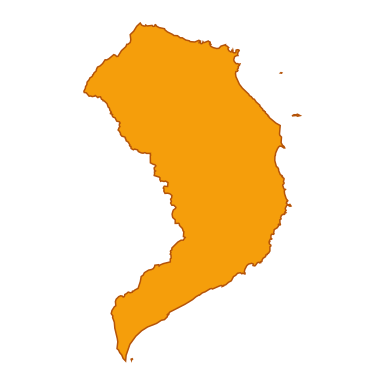 Sao Joao Baptista, Boa Vista, Cabo Verde
{"feature_id": "66160863B76154481217824", "entity_name": "Sao Joao Baptista", "entity_type": "district", "adm_level": 2, "iso_a3": "CPV", "parent_name": "Cabo Verde", "parent_adm1": "Boa Vista", "projection": "orthographic", "projection_center": [-22.721, 16.095], "detail": "fine", "context": "isolated", "style": "filled", "palette": "amber", "viewbox_px": 384, "rotation_deg": 0, "n_neighbors": 0, "source": "geoboundaries", "source_scale": "gbopen_adm2", "svg_char_len": 5951}
<svg xmlns="http://www.w3.org/2000/svg" viewBox="0 0 384 384"><path d="M125.6,361.0L126.1,355.3L129.9,344.3L135.8,336.2L141.7,330.7L147.7,326.9L156.6,323.4L161.3,320.3L164.5,319.6L167.3,316.8L167.5,315.5L167.9,315.2L167.6,314.9L168.1,314.8L168.2,314.0L168.8,314.2L169.2,312.7L169.9,312.0L184.9,304.3L192.6,299.6L195.9,296.8L199.0,295.0L199.4,295.2L202.4,292.8L205.2,291.8L210.1,288.8L211.7,288.5L212.5,289.0L220.1,285.7L221.6,285.5L222.3,286.0L222.2,286.5L223.7,285.9L223.6,285.4L225.7,284.8L228.5,282.3L231.3,280.8L233.5,276.6L235.7,275.3L237.5,273.3L240.3,272.7L241.9,273.8L242.7,273.2L244.9,274.0L245.1,273.1L244.3,271.9L244.8,269.5L246.8,265.6L248.5,264.1L251.7,263.3L253.4,264.1L253.0,265.5L254.5,265.9L255.2,265.7L257.4,262.7L258.4,262.3L259.4,262.7L259.9,262.3L259.9,262.8L260.8,262.6L260.9,261.6L261.9,261.4L262.2,259.7L263.2,258.2L265.5,256.7L265.9,255.0L266.8,254.8L267.4,254.2L267.4,253.6L268.5,253.2L269.9,251.0L269.9,246.8L270.8,246.1L270.9,245.2L269.4,243.9L269.1,242.5L269.8,241.7L269.2,241.3L270.3,239.2L271.3,239.3L271.8,238.9L270.9,237.9L270.9,235.6L271.6,234.3L273.6,234.3L274.0,233.7L273.6,233.2L274.2,229.6L277.3,227.7L278.7,225.5L278.4,224.4L278.8,224.2L280.0,225.0L280.4,224.6L279.9,222.4L279.9,219.7L281.1,218.9L280.6,217.7L281.4,215.5L282.7,214.5L284.3,214.4L284.7,214.0L284.4,213.4L285.9,212.7L285.0,212.0L286.1,210.3L285.5,209.6L285.3,208.3L286.6,205.6L287.5,204.9L290.0,206.3L291.0,206.0L289.9,204.4L288.0,205.0L286.3,203.2L286.8,201.4L287.4,201.5L287.8,200.7L286.2,198.7L284.6,193.9L284.3,191.3L284.4,190.5L285.4,189.4L283.9,188.9L282.7,185.5L282.9,184.6L284.0,183.6L284.0,182.6L283.4,181.8L284.1,178.8L283.7,178.1L282.8,177.6L282.6,176.8L281.8,176.6L282.1,175.7L280.3,174.6L278.7,170.8L278.5,168.9L277.6,167.3L276.4,166.6L274.8,160.7L274.9,156.2L275.3,155.7L275.6,153.1L277.5,148.7L278.7,146.9L279.8,146.1L281.4,146.3L284.0,148.0L284.7,147.9L284.0,146.5L282.3,145.0L281.1,142.6L281.5,137.1L279.8,135.3L279.5,133.9L280.2,125.5L275.9,123.1L269.2,117.5L268.8,116.3L267.9,115.9L268.0,115.3L265.4,112.9L265.3,111.8L264.2,111.3L264.0,110.6L263.0,110.4L262.7,109.2L259.8,106.1L259.9,105.4L260.3,105.7L259.9,105.3L256.2,102.0L254.3,99.2L253.0,98.9L251.3,96.7L249.4,95.6L248.8,94.3L242.4,88.2L239.4,84.3L235.9,76.6L235.5,73.5L235.9,71.6L237.3,71.3L237.9,70.6L237.4,69.2L238.4,68.0L238.2,66.5L239.4,65.4L239.9,64.0L238.7,64.3L237.8,63.6L236.2,63.7L234.3,61.6L233.7,59.8L234.6,56.7L236.6,55.6L237.9,55.5L237.6,55.0L237.9,52.4L239.2,50.6L238.8,49.9L237.3,49.7L236.1,50.1L235.8,52.6L234.1,52.9L232.4,51.9L233.0,50.9L232.8,50.0L232.4,51.2L231.8,50.7L231.8,51.6L230.7,51.9L228.8,50.6L228.0,49.0L228.1,48.2L228.7,47.7L227.3,46.3L225.4,45.4L225.5,44.7L221.0,46.1L218.9,48.3L216.7,48.5L213.2,47.6L210.8,46.3L210.3,45.6L210.9,44.5L210.2,44.4L210.2,43.0L209.6,43.4L209.7,41.8L208.4,41.4L208.2,41.0L204.5,42.5L203.4,42.4L203.0,41.8L202.5,43.3L201.6,43.7L200.7,43.5L200.5,42.6L199.5,42.7L199.8,42.1L199.4,42.0L200.4,41.1L198.9,40.3L194.8,42.0L190.1,41.6L189.3,40.8L185.7,40.0L182.3,37.8L180.2,37.8L177.5,35.7L173.8,35.5L172.7,34.5L167.4,31.9L165.0,29.9L164.5,28.7L159.2,27.6L156.6,26.2L155.6,24.7L154.9,25.0L154.7,26.1L153.7,26.4L152.8,26.3L152.1,25.4L147.1,26.0L145.7,25.0L145.2,26.0L144.1,26.1L141.7,25.2L140.2,23.0L136.7,26.3L133.7,31.2L130.2,34.6L130.8,39.8L130.2,42.5L127.9,44.3L126.8,44.3L125.8,46.7L121.5,50.6L117.9,56.4L116.6,56.5L115.5,55.3L113.8,54.6L108.8,58.8L106.7,59.9L105.1,59.8L102.6,63.6L100.1,65.9L97.5,67.1L96.4,69.5L96.3,70.8L93.8,73.2L93.4,74.5L92.6,75.0L92.6,75.8L91.9,76.7L89.9,77.9L89.2,79.6L87.1,82.1L86.8,84.7L85.5,86.7L85.4,88.3L83.9,91.2L84.2,92.5L86.3,92.8L89.1,96.2L90.8,96.0L92.2,96.6L94.4,96.2L95.2,95.5L97.9,97.6L98.6,97.0L100.5,96.8L101.5,99.2L102.8,99.8L103.0,100.7L104.3,101.0L107.0,103.6L108.2,107.1L109.3,107.9L110.0,110.5L111.0,111.6L111.3,112.6L110.6,112.8L110.4,113.6L112.5,114.5L112.1,115.2L112.5,116.2L113.3,117.2L115.0,117.7L116.7,121.1L119.5,121.9L120.1,123.1L119.4,123.9L119.3,125.4L119.9,126.7L119.2,127.4L118.1,130.0L119.4,131.3L120.5,133.4L120.5,134.5L121.9,136.2L124.8,137.0L125.5,138.0L125.3,138.6L126.0,139.5L126.1,140.7L128.2,142.1L129.8,144.7L129.5,145.3L130.2,146.4L130.9,146.5L131.1,148.5L133.4,149.8L134.6,149.1L137.6,149.9L138.3,151.5L141.2,152.9L143.1,153.2L144.9,152.6L146.6,153.4L150.4,153.4L150.2,154.2L150.7,155.0L150.3,155.8L150.4,162.8L153.4,164.4L154.7,164.6L155.9,165.9L154.1,168.0L154.5,170.3L155.5,171.0L154.4,171.9L154.6,173.3L154.2,175.5L159.2,177.1L160.0,177.9L159.9,179.7L160.7,181.3L161.6,180.9L164.0,181.5L165.6,181.1L168.0,182.6L167.6,186.5L164.3,186.2L163.5,187.5L163.3,188.2L163.9,188.7L164.0,190.2L163.8,191.0L165.0,193.4L167.7,193.2L169.9,193.8L171.9,195.5L171.6,198.0L170.6,199.2L171.4,201.4L170.6,203.0L171.8,205.2L173.9,205.3L175.9,207.3L175.5,208.4L173.4,210.0L172.8,211.5L172.1,214.1L172.5,216.7L172.8,217.6L175.2,219.8L175.2,223.4L178.7,223.3L179.3,223.9L179.5,225.5L182.4,228.5L183.1,230.9L183.8,231.7L183.4,236.6L185.2,237.4L183.2,240.2L181.0,240.2L177.8,242.1L171.9,248.0L171.8,249.9L170.7,250.6L170.4,251.3L170.9,252.5L170.2,254.2L171.0,255.0L171.1,257.4L171.1,258.2L170.3,258.9L170.3,261.9L163.3,263.6L160.0,265.0L159.1,266.0L158.6,264.7L154.9,265.2L154.5,266.8L153.3,268.6L151.6,269.5L148.6,270.1L144.4,272.7L143.1,275.2L141.2,276.5L140.3,281.6L138.1,288.3L134.9,290.0L133.4,291.2L132.5,291.2L132.3,292.2L130.1,292.8L128.7,292.1L127.7,292.4L126.8,293.4L124.8,294.5L124.5,296.0L123.9,296.9L123.1,297.0L122.3,296.1L120.7,295.8L118.8,296.6L116.2,299.2L115.4,301.5L115.8,305.8L114.4,306.7L112.0,310.4L111.2,313.6L112.8,315.9L112.6,317.6L114.3,322.1L114.8,328.1L117.3,338.6L117.8,341.8L117.0,348.7L118.6,350.1L119.7,352.6L121.8,355.1L123.1,358.4L125.6,361.0ZM300.1,115.6L297.5,114.2L295.8,114.8L294.0,114.7L292.0,115.9L296.1,115.5L297.6,116.2L300.1,115.6ZM132.2,358.7L131.1,359.2L131.4,360.0L131.5,359.4L132.0,359.6L132.5,359.1L132.2,358.7ZM281.8,72.9L281.0,72.6L280.5,73.0L281.5,73.2L281.8,72.9Z" fill="#f59e0b" stroke="#b45309" stroke-width="1.5"/></svg>